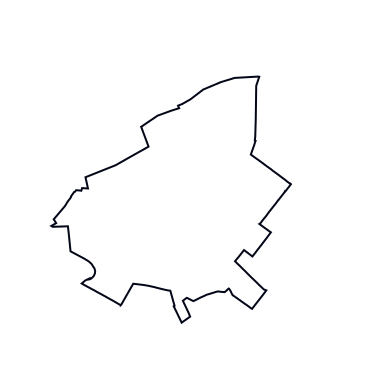 the district of Oinacu, Giurgiu, Romania, rotated 207°
{"feature_id": "2599482B44052699219659", "entity_name": "Oinacu", "entity_type": "district", "adm_level": 2, "iso_a3": "ROU", "parent_name": "Romania", "parent_adm1": "Giurgiu", "projection": "equal_earth", "projection_center": [26.022, 43.945], "detail": "fine", "context": "isolated", "style": "outline", "palette": "ink", "viewbox_px": 384, "rotation_deg": 207, "n_neighbors": 0, "source": "geoboundaries", "source_scale": "gbopen_adm2", "svg_char_len": 4070}
<svg xmlns="http://www.w3.org/2000/svg" viewBox="0 0 384 384"><g transform="rotate(207 192 192)"><path d="M248.7,60.4L244.6,60.2L244.4,60.2L243.6,60.2L241.3,60.1L239.5,60.1L237.5,60.0L236.2,60.0L234.2,60.0L232.7,59.9L230.4,59.8L229.0,59.8L226.7,59.7L225.3,59.7L223.1,59.6L221.8,59.6L220.0,59.5L218.5,59.4L217.1,59.4L215.9,59.3L214.8,59.3L213.6,59.3L212.8,59.2L211.9,59.2L211.2,59.2L210.6,59.1L210.0,59.1L209.3,59.1L208.9,59.0L208.4,59.0L208.0,59.0L207.4,58.9L206.7,58.9L206.2,58.9L205.7,58.8L205.4,58.8L205.1,58.8L204.9,58.9L204.5,59.0L204.2,59.1L204.1,58.9L203.9,59.4L203.0,78.0L202.7,83.6L194.5,86.6L191.3,87.7L188.0,88.7L182.6,90.1L177.2,91.3L172.2,92.5L169.2,93.3L167.9,93.7L166.5,94.2L155.9,82.7L156.1,82.3L156.4,81.9L152.3,78.8L141.9,70.9L137.1,80.1L140.3,82.9L146.8,87.9L150.7,90.9L149.3,94.0L148.8,95.0L148.6,95.3L148.4,95.4L146.6,95.4L144.1,95.4L142.8,95.4L141.3,95.4L141.0,95.8L140.5,96.4L139.9,97.1L139.4,97.8L139.1,98.2L138.4,99.2L137.6,100.3L136.5,101.8L135.6,102.9L134.7,104.0L133.8,105.1L132.8,106.4L132.4,107.0L132.1,107.3L131.8,107.6L130.7,108.6L129.9,109.4L128.2,111.0L127.5,111.7L126.8,112.4L126.6,112.6L125.6,113.5L125.0,114.1L124.3,114.8L124.0,115.0L123.5,115.3L122.1,115.8L120.4,116.4L118.9,117.0L118.0,117.4L117.6,117.5L117.4,117.7L117.2,118.0L117.1,118.4L116.6,119.6L116.3,120.5L115.7,122.1L115.5,122.5L115.4,122.7L115.2,122.7L114.8,122.5L114.2,122.2L113.2,121.6L112.4,121.1L111.7,120.5L111.2,120.1L110.3,119.4L109.8,119.1L109.4,118.9L109.2,118.8L109.1,118.6L108.8,118.5L108.1,118.4L107.5,118.3L107.1,118.3L105.6,118.1L104.6,117.9L103.9,117.9L102.8,117.7L101.1,117.4L99.9,117.3L99.3,117.2L98.1,116.9L97.2,116.9L96.4,116.7L95.1,116.5L94.4,116.4L93.7,116.3L93.1,116.3L91.8,116.1L90.8,115.9L89.8,115.8L89.1,115.7L88.5,115.5L87.2,115.3L86.5,115.2L85.6,115.2L85.4,115.2L85.4,115.4L85.1,117.1L84.1,122.2L82.0,133.0L81.3,137.0L81.3,137.7L81.2,138.1L81.6,138.1L82.0,138.0L83.0,137.9L83.6,137.8L84.1,137.9L89.4,139.5L94.8,141.2L98.1,142.2L100.5,142.9L106.7,144.9L108.3,145.5L111.0,146.3L111.6,146.5L112.3,146.7L114.4,147.4L116.3,148.0L118.8,148.7L120.9,149.4L122.2,149.8L122.0,150.7L121.7,152.3L121.5,153.2L121.1,154.7L120.9,155.8L120.4,158.2L119.3,163.9L113.9,162.9L111.6,162.5L110.7,162.3L108.9,162.0L108.7,163.0L108.5,164.1L108.3,165.1L107.9,167.0L107.7,168.4L107.3,170.5L107.1,171.4L106.9,172.4L106.6,174.2L106.2,176.1L105.9,177.8L105.7,178.9L105.5,180.0L105.1,182.1L104.8,183.8L104.6,184.6L104.4,186.1L104.0,188.4L103.8,189.5L103.4,191.9L105.8,192.2L108.2,192.6L112.6,193.3L117.4,194.1L117.1,194.5L116.9,195.3L116.8,195.5L116.7,196.1L116.6,196.6L116.3,198.5L116.1,199.4L115.8,201.0L115.4,202.7L115.1,204.0L115.0,204.5L114.4,208.6L113.7,212.0L113.0,215.6L112.2,219.4L111.5,223.7L111.3,224.6L111.2,224.6L110.3,229.4L109.8,231.8L109.5,233.6L109.5,233.8L109.4,233.7L108.8,236.3L108.5,238.1L108.0,240.4L107.4,243.9L107.6,244.0L108.1,244.1L108.1,243.9L111.2,244.4L112.4,244.6L114.0,245.0L120.4,246.1L123.1,246.6L126.2,247.1L129.5,247.6L131.3,248.0L132.2,248.2L135.8,248.7L147.7,250.7L152.6,251.4L156.6,252.1L157.0,255.4L157.5,259.1L157.9,262.3L158.0,262.5L158.6,266.5L159.4,266.4L160.1,268.2L160.8,270.1L160.9,270.3L166.5,282.1L167.8,284.9L183.0,315.8L184.4,325.2L185.6,324.8L205.8,313.0L216.1,303.1L228.5,288.4L235.6,273.6L237.8,270.3L240.7,265.9L243.6,262.6L241.5,260.8L244.6,257.8L247.9,254.5L257.4,244.3L266.9,227.0L266.7,226.9L266.5,226.7L263.5,223.9L251.3,212.7L257.3,203.7L263.3,194.7L272.2,181.2L282.9,169.0L293.6,156.8L286.3,147.9L287.9,147.2L291.7,145.6L291.2,142.9L293.6,142.0L296.0,141.1L296.3,139.3L297.0,138.5L297.8,133.2L297.5,132.2L297.6,131.6L297.7,130.9L298.5,126.4L298.6,124.1L298.8,121.8L300.5,114.6L302.8,104.9L298.9,102.6L301.9,97.9L300.2,97.8L287.0,105.1L283.2,99.4L273.3,84.0L257.4,83.7L252.7,83.3L248.8,82.3L246.0,80.6L245.0,80.0L244.6,79.9L243.9,79.3L243.3,78.6L242.6,77.8L242.2,77.2L241.9,76.4L241.6,75.5L241.5,74.5L241.4,73.5L241.4,72.7L241.5,72.2L241.7,71.4L242.0,70.4L242.4,69.6L242.7,68.8L242.9,68.5L243.4,67.9L243.9,67.5L244.6,67.0L244.6,67.8L246.9,64.8L248.7,60.4Z" fill="none" stroke="#020617" stroke-width="2"/></g></svg>